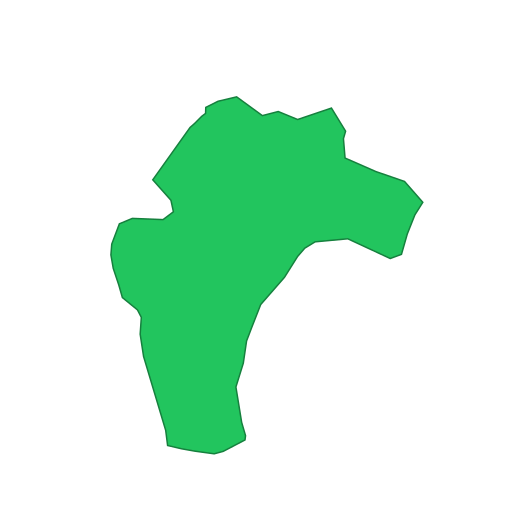 the district of Opobo/Nkoro, Nigeria, rotated 60°
{"feature_id": "59680162B46802984315739", "entity_name": "Opobo/Nkoro", "entity_type": "district", "adm_level": 2, "iso_a3": "NGA", "parent_name": "Nigeria", "parent_adm1": "", "projection": "robinson", "projection_center": [7.512, 4.533], "detail": "fine", "context": "isolated", "style": "filled", "palette": "green", "viewbox_px": 512, "rotation_deg": 60, "n_neighbors": 0, "source": "geoboundaries", "source_scale": "gbopen_adm2", "svg_char_len": 851}
<svg xmlns="http://www.w3.org/2000/svg" viewBox="0 0 512 512"><g transform="rotate(60 256 256)"><path d="M409.8,357.5L406.4,354.9L392.9,351.6L359.4,338.9L342.5,320.6L324.8,306.6L321.1,302.0L315.8,295.5L300.4,276.2L288.7,242.0L277.2,220.2L273.6,209.8L273.3,197.7L287.0,167.9L325.3,141.0L327.3,129.2L312.6,114.0L299.8,97.8L292.9,84.7L265.7,90.1L242.9,109.9L215.7,129.9L198.1,121.6L192.7,116.0L165.6,116.7L158.6,151.7L142.0,164.5L137.6,180.3L108.5,193.2L103.0,211.5L102.2,225.2L107.3,228.4L107.9,233.2L110.5,242.8L111.7,248.8L138.4,307.3L165.2,301.8L176.4,305.4L178.0,318.3L161.6,344.3L159.8,358.2L173.6,375.0L182.5,381.1L195.3,385.8L212.4,389.3L225.2,392.5L243.4,385.6L251.8,386.0L265.8,395.4L286.8,403.6L361.9,421.4L375.9,427.3L385.7,416.9L394.7,406.2L406.4,391.1L408.8,382.1L409.8,357.5Z" fill="#22c55e" stroke="#15803d" stroke-width="1.5"/></g></svg>